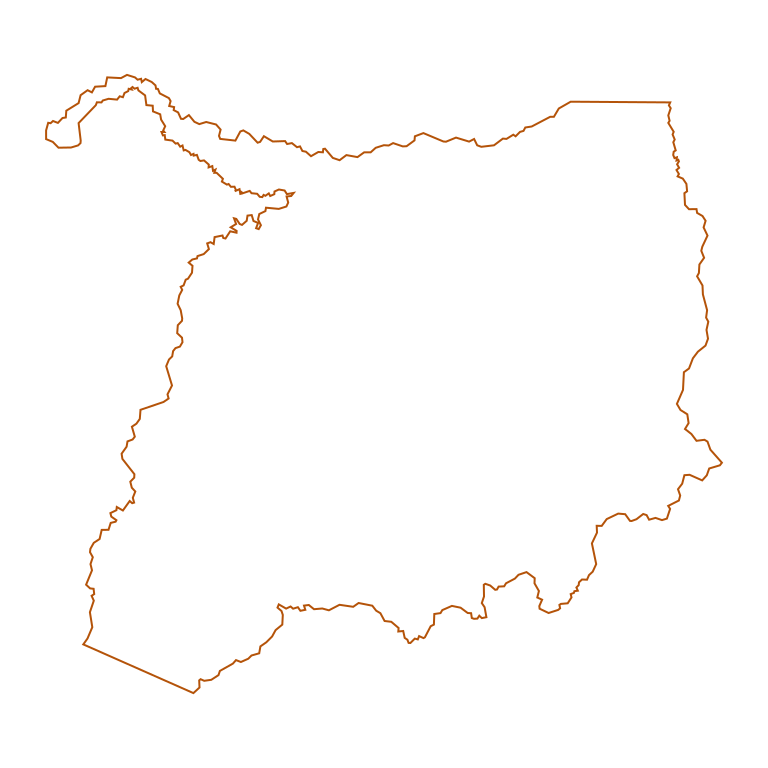 Lábrea, Amazonas, Brazil (Mercator projection)
{"feature_id": "56859067B73498292835260", "entity_name": "Lábrea", "entity_type": "district", "adm_level": 2, "iso_a3": "BRA", "parent_name": "Brazil", "parent_adm1": "Amazonas", "projection": "mercator", "projection_center": [-66.154, -8.383], "detail": "fine", "context": "isolated", "style": "outline", "palette": "amber", "viewbox_px": 768, "rotation_deg": 0, "n_neighbors": 0, "source": "geoboundaries", "source_scale": "gbopen_adm2", "svg_char_len": 6054}
<svg xmlns="http://www.w3.org/2000/svg" viewBox="0 0 768 768"><path d="M666.9,518.6L670.1,508.9L668.2,505.9L678.9,500.5L680.2,495.5L678.0,489.2L682.2,483.7L684.4,475.2L689.6,474.8L702.2,480.4L706.8,475.3L709.2,468.5L719.9,465.3L721.9,462.7L710.4,449.7L707.5,441.6L704.5,439.8L696.5,440.8L691.4,434.0L685.0,429.0L688.6,423.1L687.3,414.3L680.5,410.0L676.9,403.9L683.0,389.9L683.9,372.2L689.0,368.5L692.9,358.3L697.9,351.7L705.5,345.6L708.0,338.7L706.5,329.9L708.3,321.7L706.1,317.6L707.1,310.2L702.9,294.4L702.5,285.5L697.1,276.3L698.9,273.0L699.4,264.5L704.1,257.8L701.3,250.8L702.3,246.7L707.5,235.6L703.6,227.4L705.6,220.8L702.5,216.0L697.1,212.9L696.5,209.1L689.0,209.2L685.0,204.9L684.4,193.2L687.1,191.3L686.4,183.9L682.8,178.6L677.6,176.4L678.9,174.0L676.5,170.0L679.1,167.8L677.1,164.3L678.9,161.4L678.3,159.8L676.5,160.5L676.9,157.3L674.5,158.1L673.2,155.0L673.7,151.7L675.7,150.4L673.3,142.2L674.7,139.5L672.6,134.5L673.7,131.8L668.3,122.9L669.6,120.8L668.3,115.4L670.7,108.2L668.9,105.4L670.2,102.4L570.7,101.7L558.8,108.5L553.9,116.8L550.2,116.8L531.7,126.5L525.3,127.5L523.5,130.9L520.0,131.9L515.6,136.3L513.3,134.7L506.5,138.9L502.9,138.6L494.0,145.3L481.3,146.8L477.2,145.3L474.1,139.0L469.1,141.6L456.0,137.6L446.0,141.7L443.4,141.5L423.4,133.1L414.9,136.3L414.5,140.4L406.6,146.2L402.8,146.4L393.1,143.1L388.7,145.5L383.9,145.2L375.7,147.8L370.7,152.3L364.2,152.3L357.5,157.1L346.4,155.1L339.6,160.2L332.8,157.9L325.0,148.7L323.3,149.0L322.9,152.3L318.3,152.0L311.0,156.2L305.9,151.7L302.4,151.0L300.0,146.4L297.0,147.2L291.9,143.1L287.1,144.0L285.1,141.1L272.8,141.5L263.9,136.2L260.1,141.9L257.6,142.7L249.3,133.9L243.3,130.4L240.3,131.5L235.4,140.6L220.2,138.9L219.0,135.9L220.6,129.6L216.1,124.5L206.2,122.0L199.3,124.1L194.4,121.8L188.9,115.1L183.2,119.0L181.0,118.8L178.1,112.4L173.7,110.1L174.1,107.1L169.2,106.0L170.6,101.1L168.9,98.1L159.8,93.4L157.9,88.9L156.1,88.8L155.5,85.4L151.7,82.0L145.5,79.0L141.8,82.1L141.1,78.8L137.6,79.7L135.0,77.4L127.0,74.9L121.0,78.1L107.2,77.4L105.4,86.1L95.1,86.7L91.9,92.4L87.6,90.2L80.6,95.2L78.6,103.1L66.3,110.7L65.8,117.5L62.5,118.0L57.9,122.9L53.0,121.0L50.6,123.2L48.2,122.8L46.1,130.4L46.1,139.1L52.8,141.9L58.5,147.7L71.1,147.5L78.1,145.4L80.5,143.1L80.7,140.6L78.6,123.1L95.8,105.2L96.9,102.3L101.5,102.4L102.8,100.5L108.6,98.8L117.1,99.6L119.7,96.3L122.9,97.2L124.5,93.0L128.2,91.1L128.7,88.8L131.7,89.5L131.0,88.3L132.5,87.0L134.5,88.7L137.6,87.8L138.4,90.4L145.1,95.4L146.4,105.1L152.7,105.7L153.0,111.4L160.2,114.3L161.1,119.6L165.2,126.2L163.2,130.5L164.4,132.0L161.5,132.0L162.9,135.4L164.7,135.1L165.3,139.6L172.5,140.6L175.6,143.6L177.7,143.1L180.2,146.7L182.5,145.5L183.7,150.4L185.5,149.9L189.4,152.2L191.0,155.0L193.5,153.9L193.7,155.6L196.9,154.9L198.7,159.8L200.4,161.0L204.0,160.4L208.8,164.6L208.6,167.4L212.3,166.1L213.0,170.8L215.4,169.6L214.3,172.8L216.6,172.8L222.9,178.8L221.9,181.6L226.9,184.6L228.6,184.0L230.9,186.8L234.5,186.7L236.0,190.2L234.8,191.2L239.5,189.2L240.3,193.9L241.6,193.6L241.2,191.9L242.9,193.2L249.7,190.9L251.5,193.2L257.2,193.8L259.7,196.8L262.3,197.1L263.6,194.9L265.4,195.8L268.8,193.4L270.2,196.0L274.3,194.2L274.5,191.5L278.9,189.5L284.6,190.5L286.9,194.1L293.7,192.9L291.2,196.0L286.6,196.5L288.2,202.6L286.4,206.5L278.8,208.9L266.0,207.7L265.4,211.1L259.3,214.0L258.0,219.4L260.9,225.2L258.7,229.1L256.1,228.2L258.1,222.9L253.5,221.0L251.7,215.1L247.5,215.6L246.7,220.8L242.0,224.9L239.7,224.0L236.3,218.9L234.0,218.3L236.1,224.0L230.7,227.3L236.6,230.9L236.5,232.7L230.2,231.3L225.5,238.5L223.3,238.0L222.5,235.5L214.6,237.1L213.7,244.0L210.5,242.2L207.2,243.4L208.9,249.1L203.7,254.1L197.5,256.1L197.0,258.4L192.3,259.5L188.7,262.6L192.5,265.8L192.0,272.7L188.0,278.7L185.7,279.7L183.6,285.4L180.7,286.8L182.2,289.9L179.3,295.4L177.6,303.8L180.7,310.2L182.2,318.4L182.0,320.8L177.8,325.2L177.2,333.2L182.0,337.7L182.5,342.2L179.9,346.6L175.5,348.1L173.1,351.1L172.2,356.4L169.0,359.5L166.2,366.2L172.0,385.5L167.5,394.3L168.6,398.5L163.5,402.0L140.5,409.8L139.8,418.9L136.4,423.7L131.9,426.7L134.8,436.7L132.6,439.5L127.5,441.4L126.6,446.7L121.6,453.7L122.4,458.9L134.4,474.2L134.2,477.7L130.3,481.7L131.8,487.7L135.3,491.5L132.8,497.8L134.1,502.6L132.2,503.2L129.7,501.0L122.9,510.5L116.8,507.0L116.4,510.2L110.4,513.1L111.3,516.6L116.4,520.2L115.6,521.7L110.7,522.9L108.5,529.8L101.7,529.9L99.6,539.0L93.8,542.8L90.4,548.8L90.0,552.2L92.8,557.2L90.5,564.1L92.0,570.3L86.1,584.7L90.1,588.4L93.6,588.8L94.2,594.1L91.6,595.8L93.8,600.7L89.9,612.2L92.3,627.2L87.5,638.5L83.3,644.4L193.4,693.1L199.5,687.5L199.2,680.4L200.6,679.2L204.2,680.8L211.3,679.8L218.5,675.1L219.9,670.9L232.9,663.6L236.0,660.1L240.9,662.0L248.3,658.7L251.5,655.5L259.2,653.3L260.4,646.4L266.3,642.3L272.1,636.5L275.6,630.1L282.3,624.6L282.8,614.9L281.5,611.0L277.5,607.6L278.8,604.4L286.1,608.6L290.6,606.5L293.1,608.7L297.9,607.2L300.4,610.8L305.3,609.8L304.0,605.6L308.8,605.0L314.0,609.2L322.3,608.5L328.9,610.3L339.5,604.8L353.2,606.8L358.6,603.0L372.3,605.7L376.2,610.7L380.4,613.2L384.6,621.0L391.3,621.8L398.6,628.0L398.3,631.5L403.2,631.0L404.7,637.9L407.4,639.7L408.6,642.9L410.4,643.0L414.8,638.6L417.8,639.4L419.1,636.1L423.5,638.1L424.9,637.3L430.7,626.2L433.9,624.6L434.3,614.0L440.5,613.1L442.3,610.1L451.9,605.9L460.6,607.7L467.7,613.0L471.1,613.2L471.8,618.0L474.0,618.8L477.4,618.6L479.3,615.7L481.8,618.1L486.4,617.2L484.6,607.2L481.8,603.1L484.0,596.5L483.8,584.8L485.3,583.8L490.2,585.5L495.2,589.8L497.0,589.5L498.6,586.6L504.2,586.3L506.0,583.3L514.9,578.6L518.5,574.8L526.5,572.1L534.7,578.2L534.5,583.3L538.9,591.0L537.3,597.5L542.1,599.7L539.3,606.1L539.6,608.7L548.6,613.0L558.2,609.9L560.1,608.3L559.4,604.9L560.9,603.9L567.7,603.3L571.5,597.4L570.7,594.1L573.9,592.9L574.4,591.2L577.8,590.7L576.4,587.5L578.7,585.1L579.0,582.3L582.0,579.5L587.0,579.7L589.0,575.1L592.7,571.7L596.2,564.1L591.9,543.4L597.0,532.6L596.7,525.8L601.7,525.9L606.7,519.1L618.2,513.6L625.2,514.2L630.0,520.9L631.6,521.0L636.5,519.2L643.2,514.0L646.6,515.1L649.1,519.7L655.5,517.9L662.0,520.1L666.9,518.6Z" fill="none" stroke="#b45309" stroke-width="2"/></svg>